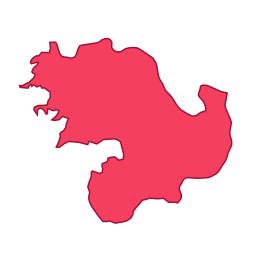 the border of Ōita, rotated 174°
{"feature_id": "JPN-1835", "entity_name": "Ōita", "entity_type": "Prefecture", "adm_level": 1, "iso_a3": "JPN", "parent_name": "Japan", "parent_adm1": "", "projection": "orthographic", "projection_center": [131.556, 33.207], "detail": "fine", "context": "isolated", "style": "filled", "palette": "rose", "viewbox_px": 256, "rotation_deg": 174, "n_neighbors": 0, "source": "natural_earth", "source_scale": "10m", "svg_char_len": 2983}
<svg xmlns="http://www.w3.org/2000/svg" viewBox="0 0 256 256"><g transform="rotate(174 128 128)"><path d="M86.3,48.3L89.4,49.4L95.4,49.9L99.9,54.3L106.3,54.6L113.6,55.9L121.8,54.5L122.7,53.1L128.6,47.8L131.3,44.7L132.6,40.5L135.0,37.8L138.7,35.9L143.7,35.1L147.3,35.0L150.0,34.6L152.8,35.8L156.1,37.6L159.3,37.2L162.6,37.7L166.2,42.8L170.1,49.8L172.8,54.8L174.0,58.7L174.5,62.7L172.8,68.1L174.1,73.6L172.5,77.7L169.5,83.8L169.0,88.3L167.6,88.9L163.8,87.0L161.2,85.7L158.2,86.9L157.4,89.7L157.9,92.8L157.3,95.3L153.2,96.3L151.8,97.1L151.0,100.1L147.7,100.7L144.4,100.7L143.0,99.6L140.6,96.9L136.2,97.5L135.0,101.9L136.9,115.1L139.9,117.5L143.1,118.7L153.6,119.1L160.6,115.4L168.1,118.8L169.8,115.7L178.3,118.9L188.1,120.8L192.8,119.2L198.3,116.0L201.3,116.4L198.0,122.2L196.2,126.4L196.4,129.3L195.1,130.8L192.5,131.8L189.6,135.4L188.9,138.7L186.1,143.6L191.6,146.4L195.9,143.4L201.0,143.3L202.9,144.1L198.4,147.2L195.9,150.1L195.0,152.5L197.8,153.9L199.5,153.0L202.0,153.5L203.6,155.1L205.8,155.2L206.4,153.0L206.7,150.6L208.0,150.5L209.4,153.7L210.6,155.4L212.1,156.5L213.5,156.8L215.0,156.2L216.1,155.1L216.8,150.6L219.7,156.0L219.0,158.5L214.9,159.7L208.5,159.3L205.9,159.4L204.8,163.0L202.2,166.3L201.6,172.0L203.5,173.3L206.8,176.6L209.3,176.6L210.9,179.5L212.6,178.8L214.1,178.4L215.2,178.9L216.1,180.0L217.3,180.6L219.3,179.6L219.2,180.6L219.9,181.5L221.2,181.0L223.3,178.1L227.6,179.0L231.0,179.7L231.4,181.6L228.2,181.1L224.8,182.8L221.8,183.6L216.8,187.5L214.7,190.4L215.4,191.7L216.9,192.5L217.7,193.9L216.0,197.1L214.5,198.4L213.1,199.2L211.7,200.2L210.3,202.5L212.5,202.8L217.3,202.0L218.2,203.1L217.1,205.8L214.5,208.0L211.5,209.3L209.1,209.2L206.0,212.2L198.3,211.2L196.8,215.3L196.8,220.8L196.7,221.4L191.2,220.9L190.4,219.7L189.7,217.3L189.3,214.2L187.8,208.3L186.2,206.2L183.9,205.2L181.4,204.8L178.3,203.6L175.9,203.5L173.9,204.0L172.6,205.3L171.6,206.9L169.3,212.0L168.2,213.7L167.5,214.7L165.4,215.2L150.1,215.9L146.8,217.0L144.9,218.3L141.7,219.2L139.6,219.2L137.7,218.6L136.4,217.5L135.5,216.0L135.1,214.5L135.4,212.9L135.7,211.3L135.7,209.4L134.8,207.9L133.5,206.4L131.6,205.1L129.3,204.5L126.9,204.8L122.2,207.1L118.9,207.6L115.8,207.6L111.5,207.1L109.2,205.9L106.1,203.6L95.9,194.9L93.3,189.5L92.9,187.0L92.4,177.6L92.1,175.8L91.5,173.5L89.1,168.6L87.3,162.7L86.0,160.4L82.7,156.3L81.3,154.1L76.1,143.9L73.5,140.6L67.9,136.2L62.8,133.1L60.4,133.0L57.8,133.8L54.3,135.8L49.3,136.9L48.6,138.2L48.6,140.1L49.6,144.9L50.6,147.0L53.5,151.0L54.5,152.9L54.3,154.5L52.1,159.7L51.4,162.0L49.1,162.8L44.8,162.1L31.7,154.5L25.7,152.4L29.3,140.3L28.7,137.0L25.3,126.2L24.6,122.6L27.1,113.9L27.4,110.5L26.4,105.0L26.3,103.3L26.5,101.6L26.7,100.5L27.2,99.2L31.1,92.8L32.8,88.3L34.6,84.9L38.7,80.3L41.1,76.9L43.2,74.7L45.3,73.2L50.2,71.1L52.6,70.5L54.1,70.3L63.9,70.7L73.7,72.4L76.2,72.1L77.8,71.3L79.1,69.7L80.1,67.9L82.1,65.4L83.1,63.4L83.4,61.5L82.1,57.0L82.1,54.1L82.8,52.2L83.3,51.4L85.4,49.4L86.3,48.3Z" fill="#f43f5e" stroke="#9f1239" stroke-width="1.5"/></g></svg>